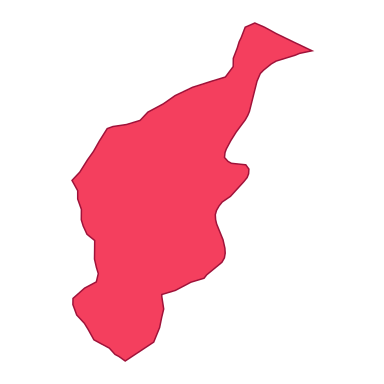 Maengsan, P'yŏngan-namdo, North Korea
{"feature_id": "82179303B43316794404011", "entity_name": "Maengsan", "entity_type": "district", "adm_level": 2, "iso_a3": "PRK", "parent_name": "North Korea", "parent_adm1": "P'yŏngan-namdo", "projection": "mercator", "projection_center": [126.637, 39.682], "detail": "fine", "context": "isolated", "style": "filled", "palette": "rose", "viewbox_px": 384, "rotation_deg": 0, "n_neighbors": 0, "source": "geoboundaries", "source_scale": "gbopen_adm2", "svg_char_len": 1249}
<svg xmlns="http://www.w3.org/2000/svg" viewBox="0 0 384 384"><path d="M114.5,126.3L113.0,126.5L107.2,128.6L99.4,141.0L93.5,151.4L87.6,159.7L79.8,172.1L72.0,180.4L75.0,185.8L77.7,190.7L77.7,199.0L81.4,209.4L81.3,219.8L83.2,226.0L87.0,234.3L94.7,240.5L94.6,250.9L94.5,259.1L96.4,267.4L98.3,273.6L96.3,281.9L84.6,288.1L73.0,298.4L72.9,304.6L76.7,315.0L84.4,323.3L88.2,329.5L93.9,339.8L101.6,344.0L109.3,348.1L115.0,354.4L118.8,356.4L125.2,361.0L153.7,342.1L159.6,327.6L161.7,317.3L163.7,309.0L161.8,296.6L161.8,294.5L175.4,290.4L190.9,282.2L204.1,278.2L206.6,274.9L221.9,262.3L224.4,257.9L225.2,253.2L224.9,248.2L223.0,239.7L216.6,223.9L215.6,219.6L215.3,214.7L216.5,210.4L219.1,205.9L222.2,202.0L230.5,196.3L243.8,181.7L247.1,177.6L248.6,173.8L248.9,169.1L245.8,164.8L231.4,163.3L228.0,161.4L224.5,157.5L225.0,152.6L226.3,149.0L230.8,140.6L236.2,132.0L245.3,119.8L247.8,115.3L249.4,111.5L257.0,81.2L260.3,73.5L263.6,70.1L271.3,63.9L276.1,61.1L295.5,55.1L299.5,53.4L312.0,50.8L293.3,41.9L276.0,33.5L264.5,27.2L254.8,23.0L245.2,27.2L241.2,37.6L239.2,41.7L237.3,47.9L233.3,58.3L233.2,66.6L225.4,77.0L211.9,81.1L192.5,87.3L175.1,95.6L163.4,103.8L147.9,112.1L140.1,120.4L126.6,124.5L114.5,126.3Z" fill="#f43f5e" stroke="#9f1239" stroke-width="1.5"/></svg>